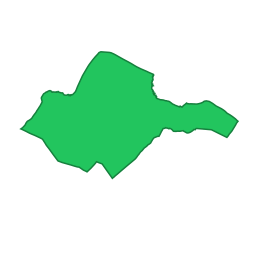 outline of Ban Dan, Buri Ram, Thailand, rotated 116°
{"feature_id": "78962969B34946496747939", "entity_name": "Ban Dan", "entity_type": "district", "adm_level": 2, "iso_a3": "THA", "parent_name": "Thailand", "parent_adm1": "Buri Ram", "projection": "albers", "projection_center": [103.173, 15.139], "detail": "fine", "context": "isolated", "style": "filled", "palette": "green", "viewbox_px": 256, "rotation_deg": 116, "n_neighbors": 0, "source": "geoboundaries", "source_scale": "gbopen_adm2", "svg_char_len": 5066}
<svg xmlns="http://www.w3.org/2000/svg" viewBox="0 0 256 256"><g transform="rotate(116 128 128)"><path d="M184.6,154.7L185.3,150.2L185.4,149.3L185.3,146.9L185.4,145.6L184.7,145.3L183.3,144.8L180.7,143.8L178.4,143.1L175.8,142.3L173.4,141.7L172.1,141.5L172.0,139.4L171.6,135.5L180.1,120.0L179.6,119.8L179.0,119.5L178.0,119.0L177.3,118.8L163.3,112.7L152.8,108.0L151.0,107.5L148.4,107.1L146.5,106.6L145.9,106.6L144.5,106.3L144.0,106.2L142.4,105.5L141.7,105.3L140.0,104.9L138.8,104.6L137.5,103.9L136.6,103.4L135.3,102.9L134.4,102.7L133.4,102.0L131.7,101.1L128.6,100.9L127.4,100.8L125.7,100.4L125.4,100.3L125.0,100.0L122.5,97.7L121.9,96.5L119.4,96.4L117.7,96.4L116.5,96.4L115.4,96.3L113.1,96.2L112.5,95.3L111.9,94.6L111.7,94.5L111.3,94.5L111.2,94.4L111.1,93.2L110.8,92.4L110.8,91.4L110.8,90.9L110.7,90.7L110.1,90.5L110.0,90.4L109.9,89.4L110.1,88.3L110.1,87.8L110.4,87.2L110.7,86.5L110.8,86.3L110.9,86.0L110.9,85.3L110.7,84.9L109.9,83.2L108.9,81.7L108.6,80.8L108.1,79.8L106.2,77.2L106.4,76.7L106.5,76.2L106.5,75.4L106.5,74.5L106.6,74.0L106.6,73.6L106.6,72.9L106.4,72.4L105.7,71.3L104.5,70.2L103.6,69.6L102.6,69.0L101.8,68.6L100.4,68.1L100.1,66.9L99.5,66.8L98.9,66.7L98.6,66.5L98.3,66.0L93.0,52.3L93.1,35.0L91.2,34.5L90.4,34.4L89.5,34.4L89.2,34.3L86.5,33.6L85.2,33.3L77.9,32.6L76.1,32.6L73.7,32.1L73.5,33.1L72.7,35.4L72.0,38.8L71.5,42.1L71.3,45.3L70.4,48.1L70.0,50.1L69.9,51.0L69.7,52.4L69.6,58.4L68.8,62.8L68.5,66.6L69.3,69.5L70.3,70.9L70.8,71.4L71.7,71.8L72.3,72.2L73.4,73.1L75.0,74.9L76.3,76.6L76.6,77.3L77.7,79.8L78.4,81.4L78.6,81.9L78.8,82.3L79.5,83.5L79.9,85.1L80.0,85.4L80.2,85.5L79.9,86.2L79.9,86.3L81.6,87.0L82.1,87.2L83.7,88.1L84.4,88.2L84.7,88.2L85.1,88.4L85.4,88.5L85.6,88.7L85.6,88.8L85.5,90.1L85.5,90.6L85.9,90.7L86.0,91.0L86.4,90.9L86.5,91.0L86.5,91.3L86.8,94.8L86.9,95.3L86.8,97.4L86.9,97.7L86.9,98.1L86.9,98.5L86.5,100.1L86.4,100.9L86.2,101.6L86.1,103.0L86.3,103.6L86.5,104.4L86.7,105.5L87.0,106.1L87.4,108.7L88.1,110.6L88.4,111.3L88.8,115.3L88.5,115.4L88.4,115.5L88.3,115.8L88.2,115.9L87.4,116.0L87.4,116.3L87.6,116.4L87.7,116.6L87.3,116.8L87.1,117.2L86.4,117.2L86.4,117.3L86.5,117.4L86.8,117.5L86.8,117.8L86.8,118.0L86.6,118.2L86.6,118.5L86.5,118.8L86.5,119.0L86.7,119.3L86.6,119.5L86.4,119.6L85.7,119.2L85.4,119.0L85.2,119.0L85.3,119.3L85.4,119.7L85.7,120.2L85.7,120.4L85.4,120.4L85.2,120.1L84.9,120.2L84.8,120.5L84.7,120.6L84.4,120.6L84.4,121.3L84.5,121.6L84.4,121.7L84.3,121.8L84.2,121.7L83.9,121.5L83.7,121.7L83.4,121.9L83.4,122.2L83.1,122.3L83.0,122.5L82.9,122.7L82.7,123.5L82.5,123.8L81.8,124.1L81.6,124.3L81.3,124.4L80.8,124.5L80.6,124.6L80.1,124.9L79.9,124.9L79.8,124.6L79.4,124.3L79.3,124.2L79.3,124.3L79.1,124.6L78.8,124.3L78.6,124.3L78.3,124.8L78.7,125.2L78.7,125.3L78.6,125.5L78.3,125.5L78.2,125.5L78.2,125.3L77.9,125.2L77.7,125.2L77.7,125.3L77.8,125.5L77.4,126.2L77.3,126.5L77.2,126.6L76.7,126.5L75.7,126.5L75.4,126.9L75.3,127.0L75.1,127.0L74.0,126.6L73.8,126.6L73.8,126.9L73.8,127.0L72.2,127.5L71.9,127.8L71.8,128.1L71.7,128.2L71.4,128.2L71.1,128.5L70.9,128.5L70.8,128.3L70.7,128.1L70.3,128.1L70.2,128.1L69.9,128.4L69.7,128.5L69.3,128.2L69.1,128.1L69.0,128.3L69.3,128.7L69.3,128.8L68.9,129.1L68.7,129.1L68.9,134.1L68.9,135.9L69.1,140.3L69.2,142.4L69.2,146.9L69.0,149.8L68.7,152.8L68.5,156.2L68.3,162.3L67.9,169.3L67.8,170.4L67.7,173.1L67.8,176.1L68.2,177.8L71.4,185.8L72.9,187.1L75.0,187.6L78.2,188.6L82.3,189.6L88.0,190.7L90.6,191.0L99.5,191.7L101.3,191.8L113.1,191.5L116.7,191.2L118.4,191.2L119.9,191.6L122.2,192.4L122.3,192.4L122.5,192.7L122.7,193.2L122.8,193.2L123.2,193.3L123.3,193.4L123.3,193.5L123.3,194.1L123.6,194.2L124.0,194.0L124.1,193.9L124.3,194.0L124.4,194.3L124.3,195.1L124.6,195.3L124.4,195.5L124.0,195.4L123.9,195.5L123.9,195.8L124.2,196.6L124.5,196.8L125.2,197.3L125.4,197.5L126.1,199.1L126.2,199.6L126.3,199.8L126.2,200.0L126.0,200.4L125.5,201.6L125.3,201.8L125.1,202.1L125.2,202.4L125.6,203.1L125.8,203.8L125.9,204.8L126.1,205.3L126.0,206.1L125.8,206.5L125.8,206.8L126.3,206.9L126.3,207.0L126.6,207.4L126.9,207.6L126.9,208.2L127.2,208.3L127.3,208.3L127.3,208.7L127.6,208.9L127.9,209.6L128.0,210.2L128.3,210.6L128.4,210.9L128.4,211.2L128.5,211.3L129.0,211.7L129.1,211.8L129.1,212.1L128.5,212.9L128.6,213.4L128.6,213.8L128.5,214.3L128.6,214.6L129.0,214.9L129.4,215.5L129.6,215.7L129.7,215.8L129.9,215.9L130.2,216.1L130.5,216.2L130.6,216.4L131.3,216.7L131.4,217.2L131.5,217.3L132.7,217.8L134.3,218.8L135.1,218.9L137.7,219.1L138.2,219.2L138.8,219.1L139.3,218.9L141.0,217.5L141.7,216.9L142.1,216.7L142.5,216.6L143.1,216.6L146.6,216.7L147.2,216.8L147.9,216.9L149.8,217.1L152.7,217.5L153.3,217.5L154.4,217.6L155.0,217.7L157.3,218.2L159.1,218.5L161.1,218.7L162.1,219.0L163.5,219.7L164.5,220.3L165.6,221.1L166.1,221.4L166.4,221.5L167.0,221.6L167.7,221.7L168.0,221.8L168.8,221.8L169.4,221.8L170.4,221.8L171.8,222.2L174.0,222.9L175.8,223.9L175.7,221.6L175.7,218.1L175.8,214.3L175.7,211.8L175.5,208.4L175.4,202.3L175.5,200.1L175.6,199.8L176.5,198.3L177.9,196.0L179.4,193.7L181.2,190.0L184.7,183.5L188.3,176.5L187.9,172.1L186.2,162.7L185.8,159.9L185.2,156.5L184.6,154.7Z" fill="#22c55e" stroke="#15803d" stroke-width="1.5"/></g></svg>